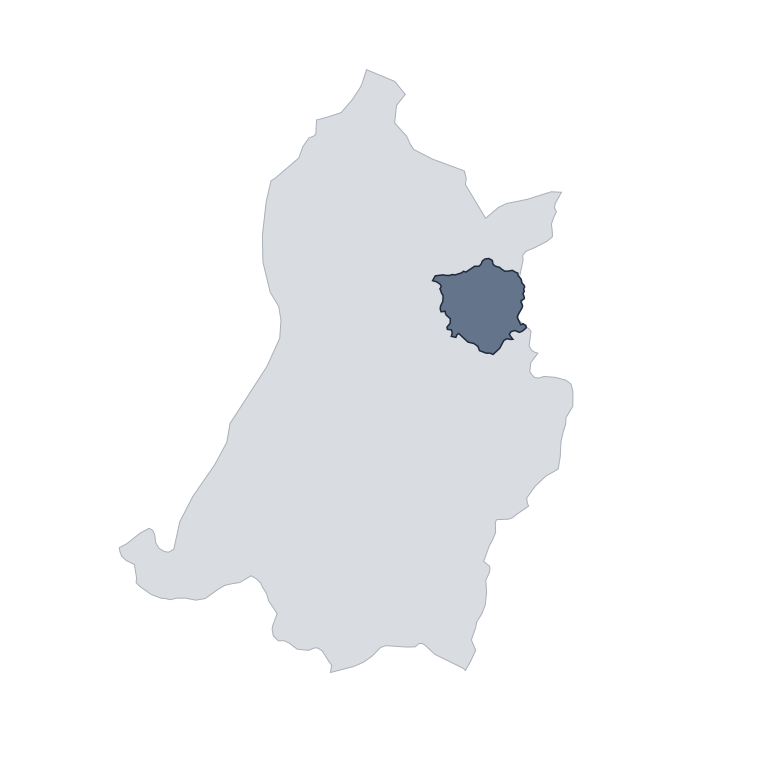 Bulgaria, with Yambol highlighted, rotated 290°
{"feature_id": "BGR-2255", "entity_name": "Yambol", "entity_type": "Province", "adm_level": 1, "iso_a3": "BGR", "parent_name": "Bulgaria", "parent_adm1": "", "projection": "orthographic", "projection_center": [26.657, 42.284], "detail": "fine", "context": "in_parent", "style": "filled", "palette": "slate", "viewbox_px": 768, "rotation_deg": 290, "n_neighbors": 0, "source": "natural_earth", "source_scale": "10m", "svg_char_len": 3808}
<svg xmlns="http://www.w3.org/2000/svg" viewBox="0 0 768 768"><g transform="rotate(290 384 384)"><path d="M624.9,485.2L612.2,483.2L607.8,483.9L604.9,487.1L599.0,486.5L591.7,486.6L584.1,490.3L579.9,491.9L574.2,488.7L563.6,478.9L557.2,472.0L552.4,470.3L547.7,472.4L530.6,474.8L526.6,478.9L518.8,483.3L510.8,485.4L499.4,486.9L493.4,486.7L490.1,488.9L487.3,495.4L485.3,501.7L483.6,504.2L469.4,507.3L466.3,511.0L465.4,514.5L465.6,518.1L454.3,514.6L445.5,516.8L443.4,519.5L441.6,523.4L442.6,527.6L445.8,531.7L448.8,542.6L449.8,553.6L447.9,559.8L441.3,564.2L427.7,569.0L414.6,566.5L408.8,568.4L399.0,568.9L390.1,570.1L376.2,574.4L363.7,576.8L352.7,567.5L339.6,561.0L325.7,557.1L320.8,559.6L318.7,561.7L307.2,553.4L302.1,550.4L299.6,547.2L295.1,536.3L292.2,535.9L282.5,539.7L273.4,539.2L267.8,538.3L251.3,538.3L248.9,545.6L246.8,546.7L243.2,547.5L234.4,546.8L223.0,551.8L210.9,554.7L201.5,554.5L191.8,552.5L186.0,553.5L173.4,553.6L165.2,561.2L152.9,560.2L142.5,558.4L143.9,556.0L147.3,524.5L153.1,510.7L153.0,507.8L152.0,505.6L147.6,503.1L144.6,495.4L138.7,475.1L135.1,470.8L124.6,466.1L115.6,459.9L108.0,451.9L94.6,432.4L101.9,430.9L104.3,427.2L112.1,417.2L113.2,412.2L112.5,409.3L107.9,404.1L105.1,393.1L108.2,383.0L108.6,377.8L106.5,372.6L109.3,366.3L114.7,363.0L118.0,362.1L131.7,362.1L140.9,349.6L146.4,345.8L152.1,338.7L154.7,336.2L157.3,330.6L158.4,324.8L148.0,316.2L144.6,309.9L140.1,303.0L133.9,298.0L121.2,289.4L116.5,281.0L114.8,270.4L111.7,262.2L108.2,256.9L107.7,252.6L106.4,247.3L106.6,237.1L110.3,223.7L112.5,219.0L117.0,217.9L129.0,211.2L130.0,202.0L132.4,196.4L136.2,193.2L139.7,191.2L145.8,196.8L160.8,206.1L168.1,212.7L167.5,216.5L163.8,220.2L156.9,223.7L152.8,228.4L151.4,234.6L152.2,239.0L156.7,243.0L184.8,239.2L212.9,242.8L250.5,252.6L275.6,256.2L294.2,252.8L328.5,260.7L360.5,268.0L391.3,270.4L408.6,265.4L420.8,258.6L431.4,245.6L457.2,228.5L482.1,218.9L514.7,211.0L536.3,208.3L539.4,210.9L567.2,226.6L579.5,226.6L589.5,229.3L593.2,233.4L595.8,234.4L609.0,230.3L615.0,238.9L624.4,250.9L640.2,256.9L654.2,260.2L658.7,260.6L673.4,260.1L672.0,290.6L663.4,304.9L650.0,300.5L633.0,304.7L624.2,321.0L619.1,325.8L614.6,331.5L611.9,352.5L611.7,386.7L605.2,391.0L599.2,392.3L574.5,422.8L589.1,431.1L595.6,437.5L606.4,455.3L621.8,475.3L624.9,485.2Z" fill="#d9dde1" stroke="#a8b0b8" stroke-width="1"/><path d="M534.0,471.7L533.9,471.7L531.7,472.9L529.6,476.8L527.8,478.1L526.5,478.7L525.6,480.0L524.9,481.5L523.8,482.7L523.0,483.0L521.3,482.7L520.3,483.1L519.3,484.1L518.4,484.1L517.5,483.8L516.5,483.8L515.5,484.5L514.4,485.4L513.4,486.2L512.6,486.6L511.6,486.4L509.8,484.8L509.0,484.4L507.8,484.7L505.8,486.8L504.8,487.5L503.0,487.7L494.2,486.2L492.5,486.4L491.0,487.5L488.3,490.4L487.6,491.0L487.0,491.5L486.6,492.4L486.8,492.9L487.9,493.6L488.2,494.0L488.1,494.7L487.7,495.8L487.6,496.5L487.6,497.3L485.5,498.4L483.1,497.2L480.7,495.7L478.8,493.5L479.0,488.7L476.7,485.5L473.5,484.8L471.5,487.5L470.1,489.8L469.2,487.8L468.5,483.8L465.7,481.7L457.1,480.5L449.1,476.4L449.2,472.9L447.9,469.4L448.0,462.3L451.4,459.4L452.8,454.7L452.1,448.6L457.0,437.0L455.3,435.7L452.4,435.6L451.8,430.9L455.2,430.7L457.9,428.8L457.0,424.9L459.0,423.7L463.7,425.4L468.0,424.0L470.0,419.0L471.5,417.5L473.3,416.6L472.3,414.9L471.4,412.9L473.8,411.1L476.5,410.5L481.9,411.0L487.3,409.3L488.7,407.4L490.1,406.1L491.5,405.2L492.4,404.0L494.9,404.4L496.1,403.7L497.0,402.3L498.0,398.5L497.7,394.3L503.2,395.2L506.7,402.1L507.4,405.6L508.6,408.9L509.8,410.0L510.5,411.6L510.7,413.2L511.5,414.4L515.1,419.0L517.1,420.1L517.2,422.7L525.7,428.9L526.4,431.2L527.5,433.3L530.2,434.3L533.1,434.3L536.0,436.1L537.8,439.6L537.2,443.5L534.1,445.3L532.9,447.5L532.9,450.5L533.2,452.6L532.2,455.2L531.3,458.9L532.7,462.3L534.7,465.7L533.9,470.4L534.0,471.7L534.0,471.7Z" fill="#64748b" stroke="#1e293b" stroke-width="1.5"/></g></svg>